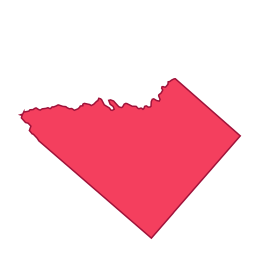 outline of Val Verde, Texas, United States of America, rotated 131°
{"feature_id": "52423323B42666839171000", "entity_name": "Val Verde", "entity_type": "district", "adm_level": 2, "iso_a3": "USA", "parent_name": "United States of America", "parent_adm1": "Texas", "projection": "equal_earth", "projection_center": [-101.192, 29.763], "detail": "fine", "context": "isolated", "style": "filled", "palette": "rose", "viewbox_px": 256, "rotation_deg": 131, "n_neighbors": 0, "source": "geoboundaries", "source_scale": "gbopen_adm2", "svg_char_len": 1578}
<svg xmlns="http://www.w3.org/2000/svg" viewBox="0 0 256 256"><g transform="rotate(131 128 128)"><path d="M162.5,38.1L161.0,38.2L156.8,38.2L60.3,38.1L59.8,124.6L60.6,125.4L63.1,126.5L65.8,127.1L66.7,128.0L68.9,126.5L72.4,126.5L73.4,127.6L73.7,128.6L74.5,129.4L75.9,128.7L76.5,126.9L77.1,126.5L80.0,126.0L82.7,126.5L83.6,126.0L85.4,122.5L87.3,122.1L88.5,124.5L89.1,127.7L90.4,128.5L92.9,127.7L96.5,124.9L97.5,125.0L99.0,126.4L99.2,128.5L100.1,129.3L100.8,129.6L102.9,128.8L104.1,129.0L104.1,130.7L104.8,131.6L106.0,132.2L106.5,132.9L106.6,134.1L106.3,135.8L106.5,136.3L108.8,139.0L110.3,144.9L111.0,145.9L112.5,146.5L115.7,145.9L116.8,146.3L117.5,147.5L118.0,148.9L117.1,156.6L118.2,159.6L119.8,160.7L121.8,157.0L121.5,153.3L122.9,150.7L125.1,151.5L125.7,152.7L125.1,155.1L126.1,161.1L123.9,166.7L124.0,167.9L124.7,169.5L127.3,168.7L128.3,169.2L132.7,169.5L135.2,170.5L135.4,172.3L138.0,177.0L139.0,177.6L139.8,177.6L140.8,176.7L142.7,178.4L144.2,178.1L146.3,178.3L149.8,180.1L150.2,183.2L152.0,185.0L152.7,187.7L152.6,188.3L152.8,189.1L154.4,191.3L156.2,195.6L157.0,196.2L158.1,196.5L161.0,198.0L161.2,198.5L162.1,199.2L164.1,199.2L164.8,200.1L165.2,201.7L167.0,202.8L169.8,205.3L172.1,206.0L172.7,207.5L173.1,210.4L173.5,210.8L175.0,211.5L176.0,211.5L177.0,212.3L178.3,213.7L178.9,214.0L180.3,213.9L183.6,216.5L184.0,217.2L183.9,217.3L186.6,216.6L188.7,217.9L188.0,216.2L190.3,215.1L191.1,209.0L189.9,206.5L190.3,202.5L194.6,200.8L195.3,196.4L194.8,195.4L195.3,189.9L196.2,186.8L196.1,151.8L195.8,38.1L162.5,38.1Z" fill="#f43f5e" stroke="#9f1239" stroke-width="1.5"/></g></svg>